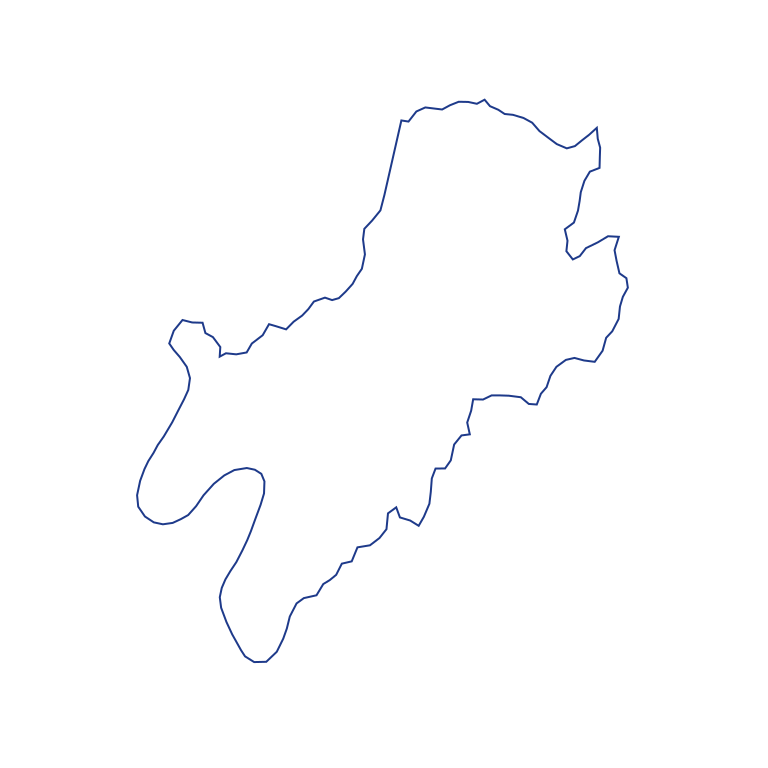 the district of Zortéa, Santa Catarina, Brazil, rotated 12°
{"feature_id": "56859067B42450400254673", "entity_name": "Zortéa", "entity_type": "district", "adm_level": 2, "iso_a3": "BRA", "parent_name": "Brazil", "parent_adm1": "Santa Catarina", "projection": "equal_earth", "projection_center": [-51.539, -27.486], "detail": "fine", "context": "isolated", "style": "outline", "palette": "blue", "viewbox_px": 768, "rotation_deg": 12, "n_neighbors": 0, "source": "geoboundaries", "source_scale": "gbopen_adm2", "svg_char_len": 2419}
<svg xmlns="http://www.w3.org/2000/svg" viewBox="0 0 768 768"><g transform="rotate(12 384 384)"><path d="M346.2,122.6L345.1,199.0L344.4,214.9L338.4,226.6L332.5,236.3L333.4,246.9L338.4,261.2L338.4,275.9L335.0,284.1L332.5,292.6L327.3,301.6L322.0,309.4L315.8,312.7L308.3,311.8L298.3,317.9L294.4,326.5L289.7,334.1L282.7,341.8L276.9,350.9L265.9,349.9L259.1,349.4L255.2,361.5L246.3,371.9L243.1,381.7L233.3,385.7L223.0,386.8L217.6,391.4L216.2,381.9L206.9,373.7L198.7,371.3L193.8,361.8L183.6,363.7L173.6,363.3L167.3,375.6L165.5,389.0L171.2,394.4L178.6,400.0L187.5,408.2L193.0,418.6L193.8,430.5L191.6,440.5L188.4,452.1L184.8,465.5L179.5,481.1L175.4,490.7L172.9,499.3L169.5,508.4L167.4,517.0L165.6,529.4L165.6,544.1L169.1,555.1L177.7,563.3L187.6,567.2L196.9,567.2L206.2,563.8L213.4,558.4L219.7,552.9L225.6,542.6L230.6,530.4L238.3,517.0L246.8,506.6L255.5,499.3L267.3,494.7L275.5,494.7L282.7,497.4L287.3,504.1L289.4,516.0L288.4,527.9L286.2,542.8L284.4,555.7L282.7,565.1L280.1,576.1L276.6,588.9L272.6,599.0L269.5,608.1L267.7,617.2L267.7,626.7L271.2,636.7L279.4,649.6L287.6,660.5L294.0,667.8L299.5,674.1L304.7,679.3L314.8,683.0L326.6,680.2L334.8,668.2L338.4,654.0L339.8,643.4L340.2,631.0L344.1,616.8L350.1,610.1L361.9,604.7L366.2,592.3L371.7,587.1L376.9,580.6L380.1,568.5L389.3,564.2L392.0,549.3L403.8,544.7L411.6,535.6L416.6,525.5L414.8,509.7L421.6,502.1L427.3,511.2L438.0,512.1L447.4,515.5L450.6,505.6L453.3,491.7L452.2,479.8L450.4,466.4L452.0,456.0L461.3,453.9L465.2,444.8L465.2,428.6L470.5,418.2L478.4,415.4L473.4,404.4L474.8,392.0L474.4,380.4L484.1,378.6L491.6,372.8L500.1,371.0L508.5,369.5L520.6,368.5L529.8,373.4L537.7,372.3L539.5,360.9L543.7,353.3L545.1,341.4L549.1,331.3L556.9,322.6L564.9,318.9L574.7,319.4L585.5,318.5L590.9,306.0L591.7,292.6L596.3,285.0L600.0,271.6L598.7,259.1L599.5,249.1L602.5,239.1L599.1,230.1L591.3,226.8L585.9,215.2L581.7,205.2L583.1,191.2L572.4,192.9L563.8,200.9L553.3,209.1L548.9,218.2L542.8,222.9L534.8,216.2L533.7,205.7L528.7,195.1L536.2,186.6L537.7,174.1L537.3,164.2L536.6,155.5L537.8,143.6L541.2,133.5L549.9,127.8L547.8,116.4L546.3,107.9L542.1,99.7L538.9,89.2L532.8,97.6L527.0,104.5L521.3,111.6L513.8,115.5L503.1,113.4L494.0,109.2L483.5,104.3L474.6,97.6L465.2,94.8L454.1,93.9L445.9,94.8L438.8,92.0L429.9,90.2L423.3,85.0L416.6,90.6L407.7,90.6L398.4,92.4L390.6,97.6L383.8,103.4L377.2,104.0L366.9,104.9L359.0,110.7L353.4,122.2L346.2,122.6Z" fill="none" stroke="#1e3a8a" stroke-width="2"/></g></svg>